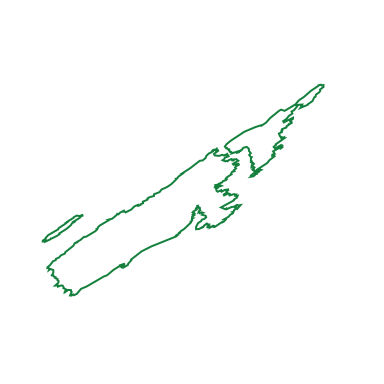 Midsund nor, Møre og Romsdal, Norway, rotated 157°
{"feature_id": "86288312B63087388072573", "entity_name": "Midsund nor", "entity_type": "district", "adm_level": 2, "iso_a3": "NOR", "parent_name": "Norway", "parent_adm1": "Møre og Romsdal", "projection": "equal_earth", "projection_center": [6.741, 62.695], "detail": "fine", "context": "isolated", "style": "outline", "palette": "green", "viewbox_px": 384, "rotation_deg": 157, "n_neighbors": 0, "source": "geoboundaries", "source_scale": "gbopen_adm2", "svg_char_len": 6091}
<svg xmlns="http://www.w3.org/2000/svg" viewBox="0 0 384 384"><g transform="rotate(157 192 192)"><path d="M185.7,151.4L185.0,150.9L175.7,152.7L175.7,152.2L174.0,152.4L171.9,153.4L173.2,154.3L168.1,154.9L165.6,156.2L163.0,156.3L162.0,157.1L162.6,157.8L161.3,157.8L160.1,159.0L157.1,159.5L157.0,158.8L152.4,161.0L155.1,161.7L155.5,162.0L154.7,162.2L156.0,162.5L157.7,162.2L157.4,161.5L158.5,161.0L158.7,161.9L161.2,162.7L166.8,162.7L166.8,163.4L168.1,163.1L171.3,166.5L156.8,167.9L156.4,168.7L153.0,169.2L151.3,170.8L153.4,171.4L152.7,172.2L153.6,172.2L153.5,173.3L154.1,173.6L159.6,174.3L158.1,174.8L157.9,175.5L159.1,176.5L163.8,176.3L163.8,177.2L160.0,178.0L160.1,179.3L158.0,179.4L157.8,180.3L161.2,181.1L164.7,180.7L165.2,181.6L164.3,181.6L164.3,182.3L168.2,182.2L168.9,183.4L168.5,186.1L168.0,185.6L166.7,185.7L166.3,186.4L162.5,186.2L163.4,187.1L165.9,186.7L166.8,187.6L168.1,187.5L167.7,188.2L168.6,188.1L168.2,188.6L166.0,188.2L166.5,188.9L164.8,188.4L164.4,189.1L160.5,189.1L159.3,189.9L155.8,189.7L155.0,190.2L155.7,191.1L154.5,191.8L148.6,192.9L148.8,193.6L147.4,194.8L144.8,194.6L145.1,195.7L142.3,196.5L142.7,197.8L141.6,198.5L138.2,198.8L138.3,199.9L143.1,200.8L143.4,201.9L137.2,202.7L138.4,204.9L140.8,205.6L141.2,204.9L142.1,205.0L142.7,205.3L142.6,206.8L145.2,207.0L148.1,206.2L146.7,206.8L149.5,207.3L151.4,209.3L149.5,209.7L148.3,210.8L144.4,210.6L144.8,213.3L146.1,212.7L146.8,213.3L148.3,213.1L149.7,214.4L153.1,214.7L156.9,216.9L156.8,218.5L151.8,219.7L151.8,220.2L154.8,220.4L152.3,220.9L152.3,222.2L153.2,221.8L155.8,222.4L155.8,221.9L157.1,221.9L157.0,221.2L161.7,220.8L164.6,219.7L166.2,218.0L169.9,216.9L172.7,217.7L184.4,214.6L194.2,212.9L193.7,212.5L198.4,211.5L200.4,210.3L201.7,210.5L201.7,209.8L202.5,209.4L208.0,207.3L213.1,206.3L219.1,206.2L221.9,204.6L227.9,204.7L228.6,203.2L233.0,203.8L235.5,203.5L235.5,202.8L236.3,202.3L241.0,202.3L241.4,200.8L244.0,200.8L244.4,200.2L246.9,200.3L246.6,201.2L249.1,201.3L251.3,201.1L254.6,199.6L261.1,199.2L261.5,200.3L262.8,200.7L262.4,201.4L266.3,201.1L268.4,200.2L269.3,201.1L270.5,200.2L276.0,198.6L279.1,199.1L278.6,198.7L289.7,197.2L292.2,196.4L293.2,195.2L294.3,195.2L294.2,194.5L296.3,193.7L307.1,192.2L309.0,192.9L313.6,191.4L317.5,191.0L317.5,190.5L320.0,190.7L322.1,188.9L332.2,186.1L333.0,185.0L337.5,184.9L339.8,183.7L343.3,183.6L344.0,182.6L347.1,182.5L351.2,180.2L354.6,179.1L354.8,178.5L354.0,178.5L353.2,177.1L354.2,176.0L352.3,176.4L350.2,174.4L351.0,172.2L353.0,170.1L354.5,170.3L352.2,169.4L352.2,168.0L350.8,166.7L351.4,166.0L349.7,164.4L350.3,163.3L349.6,162.1L350.5,160.7L354.5,159.3L351.9,158.3L352.3,157.3L349.0,157.1L347.6,156.3L347.4,154.2L347.9,153.7L345.4,150.8L347.9,150.2L348.4,149.4L344.1,150.2L341.7,148.9L342.2,147.3L341.9,146.9L344.7,144.4L343.7,143.8L341.4,144.1L341.2,143.2L337.9,143.2L332.0,146.2L325.7,146.2L306.1,148.7L302.8,148.5L294.7,151.0L286.9,152.2L286.9,152.7L281.7,152.3L283.4,151.9L284.6,150.7L285.5,150.6L285.0,150.2L285.9,150.2L285.7,150.0L284.0,150.5L284.6,150.0L283.8,150.0L284.2,149.3L279.5,149.9L278.7,151.0L274.5,152.9L274.5,153.6L261.4,157.1L250.7,157.8L224.0,157.3L222.7,157.7L223.2,158.3L219.7,158.9L219.8,159.5L218.5,159.6L218.1,160.2L213.4,161.1L205.0,164.3L205.1,165.0L203.0,165.7L202.9,166.9L201.4,167.4L202.3,167.8L201.5,169.2L199.4,169.7L200.5,170.3L200.3,171.0L198.2,171.3L199.2,172.9L198.3,172.9L198.3,173.5L194.5,174.1L194.8,175.4L193.4,175.8L192.7,177.1L191.9,177.0L192.3,175.9L191.3,174.9L191.9,174.5L191.1,173.8L191.8,172.9L191.5,172.0L193.2,171.6L194.0,170.6L193.2,170.6L193.1,169.5L191.0,169.5L190.0,168.6L190.9,168.6L191.2,167.0L190.3,166.8L191.2,166.8L188.7,164.8L188.8,163.2L191.3,162.4L193.5,162.7L195.2,161.6L198.6,161.0L202.0,158.2L202.8,156.1L199.9,155.2L195.7,155.7L196.1,155.3L195.2,155.3L194.0,156.4L190.6,157.2L190.1,156.3L191.0,156.3L190.1,155.1L188.8,155.2L189.1,154.2L192.5,153.5L190.4,153.5L189.5,153.1L189.9,152.2L185.6,152.7L184.7,151.8L185.7,151.4ZM130.7,183.5L131.9,183.1L129.3,182.5L127.6,182.9L127.2,183.8L125.5,183.4L125.5,183.9L123.0,184.4L123.4,185.0L119.6,185.3L121.0,186.6L124.0,186.6L123.6,187.1L111.3,189.3L108.4,191.0L102.0,192.7L102.6,194.3L103.9,194.3L103.5,195.0L100.9,194.8L101.5,197.7L93.0,198.7L92.1,198.6L94.6,197.2L91.2,197.9L90.9,199.5L91.8,199.5L91.8,200.4L98.6,199.6L99.2,201.6L96.3,202.5L96.3,203.2L85.7,205.5L86.6,206.0L86.2,206.4L88.8,206.4L88.9,207.5L88.0,207.5L89.2,208.9L89.2,211.8L85.8,212.1L85.8,213.0L85.0,213.1L84.6,213.8L85.4,213.7L84.6,214.7L79.9,214.5L79.1,215.7L77.4,215.8L76.6,216.6L76.2,216.2L73.2,216.7L73.2,217.4L74.1,217.4L74.1,218.1L73.3,218.1L73.8,219.2L70.4,219.9L70.0,220.9L80.3,220.2L80.4,221.6L76.6,222.3L72.9,224.3L69.0,224.9L68.9,227.2L66.2,227.4L60.6,230.4L63.7,232.1L75.0,230.5L77.7,232.9L79.9,232.8L91.3,229.5L96.7,226.9L102.2,225.9L102.2,226.4L108.3,227.0L120.3,227.0L135.6,224.2L141.1,222.7L144.0,221.0L143.4,218.7L142.5,218.8L141.9,216.5L141.1,216.5L141.6,214.7L141.3,213.8L140.5,213.8L139.5,212.2L139.9,212.0L133.4,211.4L134.6,210.5L133.3,210.3L133.0,211.0L131.7,210.8L131.7,211.2L129.1,211.5L128.3,212.4L127.0,212.6L124.0,212.1L122.8,209.8L123.5,207.5L122.7,204.8L125.6,203.4L124.7,203.4L124.3,201.4L123.4,200.7L124.7,199.8L126.0,196.8L125.1,196.8L125.4,195.2L124.6,195.2L124.0,193.7L126.6,193.2L127.4,191.8L126.1,192.0L125.1,190.5L126.0,190.4L125.9,189.3L127.6,189.3L127.1,187.7L126.2,187.7L125.2,185.9L131.1,184.2L130.7,183.5ZM59.3,227.1L51.5,227.0L51.1,227.5L45.6,228.6L42.4,231.4L41.1,231.4L39.9,233.2L36.1,234.0L34.5,234.9L34.1,236.3L29.9,237.3L29.2,239.1L31.1,239.5L31.4,240.4L34.0,240.8L34.4,240.3L42.9,238.7L51.7,235.8L57.6,234.7L62.2,232.4L62.3,231.6L61.7,231.2L56.5,229.5L57.3,228.9L56.9,228.6L59.3,227.1ZM339.4,204.0L333.2,204.4L330.3,205.0L330.3,205.7L321.8,207.1L316.3,208.9L314.7,210.1L312.1,210.4L312.6,211.0L305.3,212.1L304.1,212.9L302.0,213.0L302.0,213.7L305.0,213.8L307.3,215.3L310.7,215.0L311.1,214.5L318.3,213.4L318.3,213.0L320.4,212.9L320.4,212.4L328.9,210.8L329.7,209.9L341.2,208.5L344.8,206.8L344.9,206.0L348.3,205.6L348.7,204.7L346.1,204.3L346.5,203.6L340.9,203.8L340.1,204.4L339.4,204.0Z" fill="none" stroke="#15803d" stroke-width="2"/></g></svg>